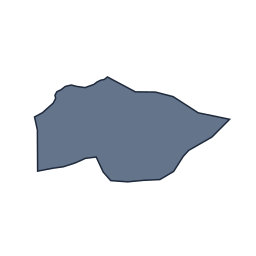 SVG path tracing the border of Kinkkale, rotated 252°
{"feature_id": "TUR-3019", "entity_name": "Kinkkale", "entity_type": "Province", "adm_level": 1, "iso_a3": "TUR", "parent_name": "Turkey", "parent_adm1": "", "projection": "mercator", "projection_center": [33.764, 39.803], "detail": "fine", "context": "isolated", "style": "filled", "palette": "slate", "viewbox_px": 256, "rotation_deg": 252, "n_neighbors": 0, "source": "natural_earth", "source_scale": "10m", "svg_char_len": 609}
<svg xmlns="http://www.w3.org/2000/svg" viewBox="0 0 256 256"><g transform="rotate(252 128 128)"><path d="M104.9,227.3L93.5,205.1L88.0,178.9L84.0,171.8L72.6,158.0L69.1,142.4L73.4,126.7L76.9,111.0L83.3,95.3L93.8,90.8L110.2,88.8L112.3,78.2L111.1,67.1L111.1,54.5L113.0,43.9L114.9,28.7L154.1,41.2L167.4,42.5L169.0,51.4L174.8,64.6L178.4,68.3L181.8,68.7L184.5,71.6L184.8,73.7L185.0,75.9L186.9,81.3L186.4,87.4L183.5,91.9L179.7,99.6L180.0,109.0L181.3,112.7L181.9,116.6L181.5,120.5L182.9,124.2L160.1,146.2L153.7,165.2L143.9,180.6L120.8,199.4L104.9,227.3Z" fill="#64748b" stroke="#1e293b" stroke-width="1.5"/></g></svg>